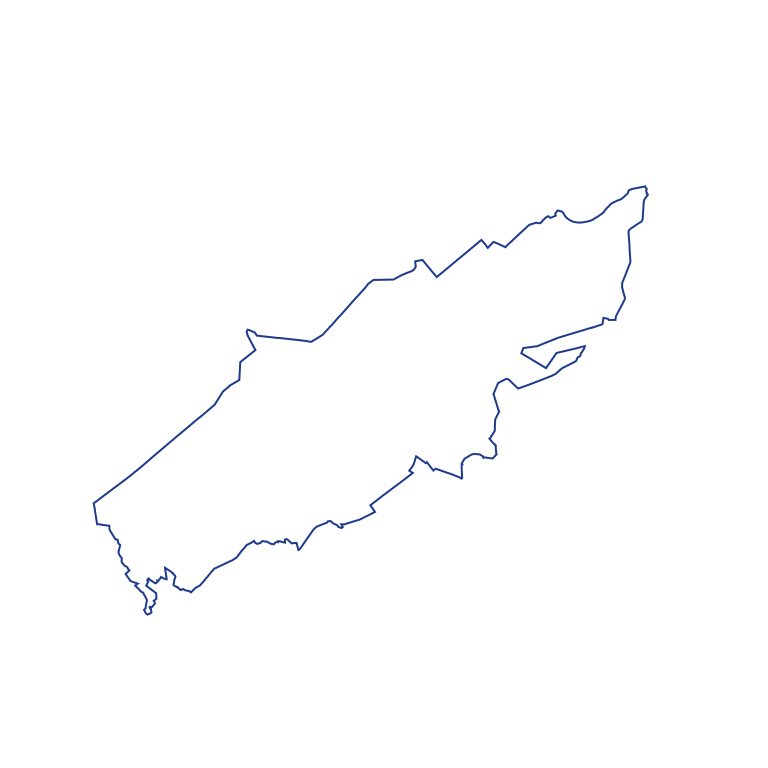 Bebru pag., Kokneses, Latvia, rotated 144°
{"feature_id": "27541924B18398292435736", "entity_name": "Bebru pag.", "entity_type": "district", "adm_level": 2, "iso_a3": "LVA", "parent_name": "Latvia", "parent_adm1": "Kokneses", "projection": "mercator", "projection_center": [25.446, 56.734], "detail": "fine", "context": "isolated", "style": "outline", "palette": "blue", "viewbox_px": 768, "rotation_deg": 144, "n_neighbors": 0, "source": "geoboundaries", "source_scale": "gbopen_adm2", "svg_char_len": 6035}
<svg xmlns="http://www.w3.org/2000/svg" viewBox="0 0 768 768"><g transform="rotate(144 384 384)"><path d="M662.6,328.8L657.3,329.8L654.8,329.7L651.7,329.1L644.5,330.7L642.6,331.3L640.9,331.6L634.7,333.3L629.6,334.4L627.4,333.7L627.1,333.8L613.4,331.2L610.3,330.5L605.3,330.3L601.0,331.5L597.6,332.6L592.7,333.6L590.2,334.4L587.4,334.1L584.8,333.6L581.4,333.5L581.5,331.3L580.5,329.0L578.4,328.5L577.7,328.0L574.7,328.5L573.6,327.2L571.3,325.2L569.7,321.5L567.3,319.0L565.5,319.6L562.7,319.1L562.6,318.3L561.5,318.8L557.3,313.8L555.6,316.3L554.2,315.9L553.5,314.9L552.4,309.4L552.2,309.4L548.2,306.8L550.8,300.1L550.5,300.1L550.3,299.9L548.4,300.1L538.6,303.6L526.6,307.7L522.5,308.2L511.6,305.4L509.9,305.9L508.3,304.7L507.8,304.6L507.0,300.9L504.8,297.3L505.0,295.4L503.0,292.4L501.5,292.4L501.0,295.6L498.9,293.9L488.5,290.4L484.4,288.9L482.9,288.5L466.5,285.8L466.3,293.9L450.5,294.4L423.8,294.8L413.0,295.1L414.5,299.0L409.0,300.8L407.5,301.5L406.2,302.3L400.5,306.6L400.2,306.0L397.6,298.1L396.8,295.5L395.2,295.5L395.1,289.1L394.9,284.9L392.0,285.1L384.8,274.7L383.0,272.3L381.4,269.8L378.0,264.4L376.8,261.8L376.1,261.9L375.9,262.1L375.7,262.6L370.5,270.5L369.1,272.4L368.7,272.7L368.0,272.7L368.1,273.8L362.9,276.2L354.8,275.5L352.2,274.5L348.0,270.8L346.5,267.3L347.0,265.9L346.3,265.7L345.5,265.3L345.3,265.0L339.9,259.9L339.7,259.9L337.0,260.5L336.4,260.4L336.0,260.6L334.3,260.9L334.1,261.3L334.1,261.6L330.6,267.5L329.7,268.5L330.1,269.2L329.9,269.9L330.1,270.0L330.6,273.9L330.8,277.8L330.3,277.8L328.1,278.4L327.7,279.0L327.1,278.9L321.9,281.0L318.5,285.5L314.7,290.1L312.7,291.1L306.9,294.1L307.1,294.5L301.2,311.8L300.5,312.0L291.2,317.7L282.3,316.4L281.9,316.3L280.5,314.3L278.2,301.5L265.9,297.9L244.0,292.1L239.3,291.3L230.8,292.1L217.1,289.9L215.0,289.7L212.0,291.6L208.9,291.3L206.5,293.1L205.4,293.4L200.9,295.2L199.3,296.6L207.6,299.9L226.2,307.7L243.6,301.6L251.4,320.2L254.9,328.1L252.8,329.4L250.2,331.2L237.4,324.3L235.0,323.9L216.1,319.1L182.8,307.5L182.9,307.4L180.0,306.3L179.2,306.2L172.9,304.1L172.0,304.0L167.6,308.5L164.4,305.0L164.5,303.7L159.1,299.8L158.9,300.1L156.9,302.1L156.1,302.7L140.3,310.5L139.2,311.2L138.9,311.6L138.6,312.0L138.2,312.6L136.7,316.9L136.1,318.3L135.1,320.8L134.4,322.5L132.0,325.6L131.4,326.1L125.4,329.8L113.4,337.5L113.0,337.9L112.7,338.2L105.6,349.4L103.5,352.5L101.3,356.1L97.2,362.8L96.0,364.2L93.2,364.7L90.4,364.6L82.8,364.3L81.4,364.1L80.8,364.1L79.6,364.3L78.3,365.0L76.9,366.4L74.5,369.4L66.5,379.0L65.4,379.8L64.4,380.4L59.4,381.9L59.2,382.1L59.2,382.6L59.5,383.2L59.6,383.7L58.9,384.3L58.9,384.5L58.8,384.9L58.8,385.6L58.3,386.1L57.9,386.6L57.5,386.8L56.8,387.3L56.8,387.8L56.9,388.8L56.9,389.5L56.5,390.3L68.5,395.9L72.3,396.9L73.3,395.9L75.0,394.9L76.9,394.7L77.6,394.7L79.4,394.4L82.5,394.2L84.2,394.2L87.2,395.2L90.3,395.7L91.5,396.1L95.2,396.3L95.7,396.2L97.6,395.6L99.6,395.5L102.6,394.8L105.3,393.9L107.4,393.7L113.1,393.8L116.6,394.2L118.4,394.2L120.1,394.5L123.6,395.7L128.9,398.3L131.4,400.0L132.7,401.1L134.5,402.9L136.0,404.8L136.8,406.1L137.4,407.6L138.1,409.4L138.5,410.9L138.7,411.9L138.8,412.9L138.7,414.2L138.4,417.1L138.5,418.2L139.0,419.2L139.6,420.0L140.6,421.3L141.4,422.1L141.7,422.2L142.7,422.1L145.0,421.2L145.5,420.9L145.9,419.5L146.4,419.2L146.5,419.3L151.1,420.4L151.8,420.8L152.1,421.3L152.1,422.3L152.1,422.8L152.5,423.1L153.0,423.4L153.4,423.4L154.3,423.3L155.2,423.6L155.9,423.5L156.7,423.2L158.9,423.2L159.7,423.1L160.3,422.5L160.6,422.4L162.0,422.4L163.1,422.3L163.9,422.8L165.1,423.9L165.7,424.8L166.0,425.0L167.0,425.4L173.0,427.4L185.2,426.0L195.9,424.6L203.8,423.7L205.3,423.2L209.0,429.9L211.7,434.4L212.1,434.6L220.0,433.1L220.0,437.1L220.5,443.3L278.5,439.5L280.0,461.8L286.7,464.9L288.4,461.9L289.4,460.2L293.0,458.8L296.1,459.2L299.3,460.2L305.0,461.5L308.6,462.1L314.9,462.9L326.1,470.7L331.4,474.4L338.1,474.3L342.2,473.0L361.0,469.1L376.7,465.6L383.3,464.3L386.5,463.6L386.8,463.4L389.5,463.0L390.0,462.7L392.0,462.3L393.3,462.2L404.4,459.9L410.2,460.2L418.1,460.9L420.4,463.0L420.4,463.3L427.8,470.2L441.8,482.9L442.8,483.6L457.9,497.4L458.4,497.8L458.2,501.4L460.4,505.4L462.3,508.1L464.5,506.9L465.8,503.3L465.9,503.0L465.8,502.9L466.2,500.7L468.1,487.0L487.4,486.2L498.7,472.3L504.0,472.7L504.0,472.8L509.9,473.4L510.4,473.1L518.6,472.6L533.1,466.8L549.2,465.5L558.2,465.1L564.1,464.6L584.7,463.2L612.5,461.1L625.0,460.0L635.6,459.3L638.3,459.3L638.8,459.1L649.8,458.7L667.0,458.5L686.5,458.1L688.5,458.2L689.0,458.1L691.0,453.8L692.4,451.2L698.5,439.2L698.3,439.1L696.9,437.9L692.4,433.4L689.8,431.0L689.7,430.9L689.6,430.6L689.7,430.4L691.6,427.7L691.8,426.2L692.4,418.2L692.6,416.5L692.5,416.3L691.1,414.6L692.6,411.1L692.6,410.9L692.0,408.9L692.2,408.6L697.3,404.4L697.7,403.8L698.0,403.3L698.2,402.7L698.6,400.2L698.5,397.2L699.9,395.6L700.8,394.3L700.9,393.0L700.8,392.4L700.8,390.4L700.4,388.9L699.8,387.7L699.4,386.8L699.5,386.3L699.5,386.0L699.7,385.0L699.7,384.2L699.6,383.4L699.6,382.8L704.7,382.2L704.9,373.5L700.5,367.2L703.6,367.2L703.8,367.2L703.2,363.7L702.8,360.7L702.7,359.1L701.5,356.7L701.9,354.7L702.1,353.3L702.2,351.9L702.8,348.5L707.6,344.0L708.8,342.7L710.9,342.3L711.5,338.2L710.7,336.3L710.0,336.3L708.4,335.8L706.5,335.8L705.1,338.5L704.9,341.2L703.9,341.1L703.8,339.8L698.6,340.9L697.8,341.9L697.8,343.9L694.3,344.1L691.3,348.7L692.5,352.5L694.9,360.6L690.7,362.8L690.7,363.0L691.0,364.3L689.4,365.1L688.6,365.0L688.6,364.0L688.4,363.2L686.3,357.6L686.1,357.1L685.9,357.0L685.6,356.9L683.6,357.2L682.9,358.3L682.2,357.5L679.4,358.2L677.7,358.9L676.6,356.2L674.6,353.8L669.2,364.0L666.4,356.7L666.4,355.8L666.1,355.5L666.0,355.3L666.3,354.9L665.7,351.6L665.8,351.0L666.1,350.6L668.7,348.8L671.0,346.5L672.0,345.7L672.3,345.3L672.4,344.8L672.2,344.1L671.7,343.0L671.4,342.6L671.2,342.3L671.2,341.9L671.1,341.5L670.3,341.0L670.3,340.0L670.2,338.7L669.9,338.3L669.5,337.6L669.7,337.0L669.4,336.7L668.9,336.6L668.1,336.3L667.2,336.4L666.7,335.6L666.6,335.2L666.2,334.1L664.6,332.3L663.6,331.2L663.0,330.5L663.0,329.6L662.6,328.8Z" fill="none" stroke="#1e3a8a" stroke-width="2"/></g></svg>